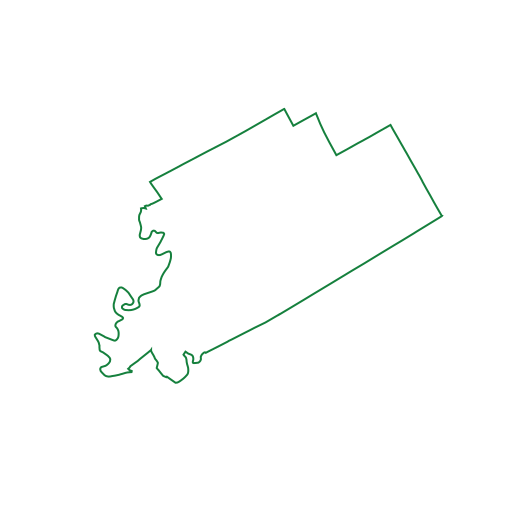 the district of Sfantu Gheorghe, Ialomita, Romania, rotated 35°
{"feature_id": "2599482B85918510694904", "entity_name": "Sfantu Gheorghe", "entity_type": "district", "adm_level": 2, "iso_a3": "ROU", "parent_name": "Romania", "parent_adm1": "Ialomita", "projection": "albers", "projection_center": [26.838, 44.661], "detail": "fine", "context": "isolated", "style": "outline", "palette": "green", "viewbox_px": 512, "rotation_deg": 35, "n_neighbors": 0, "source": "geoboundaries", "source_scale": "gbopen_adm2", "svg_char_len": 6063}
<svg xmlns="http://www.w3.org/2000/svg" viewBox="0 0 512 512"><g transform="rotate(35 256 256)"><path d="M212.8,430.7L214.0,429.3L216.2,426.5L217.5,425.1L219.4,423.5L220.6,422.5L220.4,422.0L220.2,421.5L219.6,421.6L218.0,422.0L217.0,421.9L216.0,421.7L216.4,420.1L216.4,419.4L216.3,418.7L216.4,418.1L218.1,413.2L219.3,409.9L220.1,406.6L222.9,397.1L223.7,394.1L223.9,393.6L223.9,393.1L224.3,393.7L224.7,394.0L225.8,394.7L226.9,395.2L228.9,396.1L230.8,397.1L231.3,397.5L232.6,398.2L234.2,398.6L235.5,399.1L236.2,399.4L236.9,399.8L237.3,400.6L238.0,402.4L238.9,404.7L239.8,405.0L242.0,405.5L245.3,406.5L248.5,407.4L249.0,407.4L249.4,407.3L252.2,406.7L252.3,406.6L252.3,406.0L262.7,406.0L263.0,405.8L263.6,405.3L264.2,404.7L264.9,403.5L265.7,401.5L266.8,398.1L267.2,396.3L267.4,395.2L267.7,392.8L267.7,392.2L267.6,391.5L267.4,390.8L266.6,389.2L265.9,388.2L265.2,387.3L264.4,386.4L263.8,385.9L263.1,385.3L261.7,384.2L260.1,382.7L259.5,382.0L258.4,380.7L257.8,380.2L257.0,379.5L256.6,379.3L253.9,378.7L253.2,378.4L253.1,374.8L255.4,374.8L256.5,374.8L258.8,374.2L259.8,374.0L260.1,374.0L260.4,374.0L261.0,374.1L261.8,374.4L262.8,375.2L263.4,375.9L263.8,376.4L264.2,377.2L264.6,378.2L265.0,379.1L265.3,379.4L265.6,379.6L265.8,379.6L266.0,379.6L266.3,379.5L267.1,378.9L268.2,378.0L269.3,377.0L269.8,376.6L270.2,375.8L270.4,375.0L270.5,373.8L270.4,373.2L270.1,372.2L269.5,371.4L269.0,370.8L268.6,370.3L268.3,368.9L268.2,367.7L268.6,365.6L268.9,364.8L269.1,364.5L269.6,364.1L270.0,364.0L270.4,364.1L271.8,361.4L277.8,350.2L281.9,342.4L282.2,341.6L282.3,341.3L284.0,338.3L291.1,324.9L293.3,320.8L295.9,315.8L301.9,305.0L307.7,292.4L308.4,290.8L308.5,290.9L314.4,277.7L320.6,263.8L324.5,254.9L333.7,234.2L337.3,226.0L339.7,220.6L341.0,217.6L343.3,212.4L348.9,200.0L352.0,192.9L356.5,182.6L363.0,167.9L366.5,160.1L372.2,147.1L373.4,144.2L383.6,120.8L385.3,116.8L385.3,116.5L385.1,116.6L384.8,116.4L379.6,114.0L376.6,112.6L370.5,109.7L364.4,106.7L364.2,106.6L356.8,103.1L349.5,99.5L349.1,99.2L343.1,96.2L341.7,95.6L337.8,93.7L327.8,89.0L320.6,85.5L317.3,84.0L312.3,81.6L312.0,81.5L311.8,81.4L303.4,77.4L295.9,73.9L291.0,71.5L283.9,86.4L280.6,93.5L279.0,96.7L278.3,98.1L277.4,100.0L274.7,105.3L272.6,109.7L268.5,118.2L264.0,127.3L260.6,125.6L250.5,120.6L248.2,119.4L240.9,115.6L232.8,110.9L226.6,106.9L223.6,105.0L223.2,104.7L222.4,106.4L220.8,109.7L217.2,117.0L215.5,120.5L211.9,127.9L199.1,121.5L194.8,119.3L194.7,119.4L193.0,123.0L189.9,129.5L185.1,139.8L175.7,159.8L166.1,179.4L156.1,198.4L146.4,217.3L144.1,221.7L136.8,236.2L136.7,236.3L134.6,240.4L131.2,246.9L129.3,250.6L126.7,256.1L128.8,257.0L133.0,258.5L138.8,260.5L144.9,262.9L146.0,263.3L142.7,269.7L141.6,271.7L140.8,273.0L140.6,273.2L140.4,273.4L139.9,274.2L139.9,274.8L138.8,276.6L137.8,277.3L137.2,277.6L136.4,278.9L138.5,280.3L136.6,281.0L135.0,282.4L134.5,283.0L134.9,283.4L135.4,284.1L135.8,284.7L136.1,285.3L136.4,286.1L136.9,289.2L137.2,289.9L137.7,290.9L138.6,292.2L139.5,293.5L140.5,294.3L141.6,295.0L142.8,296.0L144.1,297.1L145.3,298.2L145.7,298.7L146.2,299.5L146.7,300.4L147.2,301.6L148.5,305.1L148.9,305.8L149.5,306.5L149.8,306.7L150.2,307.1L150.8,307.3L151.3,307.3L152.0,307.3L152.9,307.0L153.7,306.7L154.3,306.5L155.4,305.7L156.3,304.9L156.9,304.2L157.2,303.7L157.6,303.0L157.8,302.3L157.9,301.6L157.9,300.9L157.7,299.5L157.2,297.5L156.8,296.4L156.7,295.9L156.9,295.4L157.0,294.8L157.4,294.1L158.1,293.7L158.6,293.5L158.9,293.5L160.5,293.8L161.1,293.9L161.6,293.9L162.0,293.7L162.5,293.5L163.0,293.0L163.4,292.5L164.7,291.2L166.3,290.4L166.6,290.2L167.2,290.2L167.7,290.3L168.1,290.6L168.3,290.9L168.5,291.8L168.7,292.5L168.9,293.9L169.3,296.3L169.4,297.4L169.7,299.2L169.9,301.7L170.2,305.9L170.4,307.0L171.0,308.5L172.1,310.6L172.8,311.3L173.2,311.5L173.9,311.6L174.4,311.6L175.3,311.4L176.1,310.8L176.9,310.2L178.0,308.5L180.3,304.3L180.9,303.5L181.5,302.8L181.8,302.4L182.3,302.1L182.7,301.9L183.2,301.9L183.5,302.0L184.1,302.2L184.5,302.5L185.3,303.3L186.7,305.2L187.5,306.6L188.1,308.1L188.9,310.4L189.9,314.0L190.2,315.2L190.2,316.6L190.1,319.2L190.1,321.4L190.2,323.4L190.4,325.2L190.7,327.2L191.2,328.9L191.7,330.5L192.1,331.5L193.0,333.0L193.6,334.0L193.9,334.7L194.2,335.6L194.3,336.2L194.2,337.0L193.3,340.6L193.1,341.6L192.5,342.9L191.5,344.4L186.2,351.6L185.4,353.0L184.9,353.9L184.6,354.7L184.3,356.2L184.2,357.0L184.2,357.4L185.2,359.8L185.8,360.5L186.3,360.9L187.9,362.0L188.8,362.9L189.1,363.3L189.3,363.9L189.3,364.6L189.2,365.1L188.2,367.2L187.3,368.8L186.0,370.5L184.6,372.0L182.7,373.5L179.7,375.3L178.4,375.6L177.1,375.6L176.3,375.5L175.8,375.1L175.3,374.4L175.2,374.0L175.1,373.5L175.2,373.0L176.0,371.0L176.3,370.5L176.6,370.2L177.2,369.7L178.2,369.4L179.5,369.1L180.8,368.4L181.6,367.6L182.1,366.6L182.2,365.9L182.2,364.7L182.0,364.0L181.6,363.3L180.9,362.6L180.1,362.1L179.0,361.7L177.1,361.0L175.3,360.3L174.1,359.8L172.5,359.2L169.3,358.7L167.7,358.6L165.5,358.6L164.7,358.7L163.9,358.9L163.0,359.6L162.5,360.1L162.2,361.0L162.2,362.0L162.5,363.3L163.1,365.1L164.2,369.0L165.6,373.1L167.0,376.9L168.1,378.6L169.3,380.0L171.0,381.3L171.9,382.0L173.0,382.5L174.6,382.9L176.2,383.0L177.4,383.0L178.7,382.8L181.2,382.6L181.9,382.7L182.3,382.8L182.7,383.1L182.9,383.8L182.8,384.6L181.1,387.9L180.4,389.0L180.1,390.3L180.0,391.3L180.1,392.2L180.4,393.1L180.8,393.8L181.4,394.3L181.9,394.5L182.9,394.7L183.7,394.9L184.6,395.3L186.1,396.2L187.2,397.3L188.2,398.6L189.2,400.3L189.6,401.2L189.9,402.4L189.9,403.6L189.8,404.7L189.3,405.9L188.7,406.4L188.4,406.6L186.6,407.1L178.9,409.0L177.6,409.0L173.5,409.5L172.0,409.7L170.6,410.2L169.8,411.0L169.4,411.7L169.2,412.3L169.1,412.9L169.8,413.8L170.6,414.3L175.5,416.4L176.9,417.2L179.4,419.4L179.8,420.2L181.8,422.6L182.7,423.1L183.7,423.1L185.9,422.7L190.6,422.7L192.2,422.8L194.5,423.3L195.3,423.8L195.8,424.1L196.8,426.0L196.9,426.7L196.9,428.2L196.7,429.4L196.3,430.9L195.7,432.3L193.4,435.2L193.0,435.7L192.9,436.8L193.1,437.7L193.6,438.4L194.9,439.4L197.0,439.9L200.3,440.5L201.8,440.4L203.0,440.0L204.5,439.3L205.9,438.1L207.0,436.9L209.1,434.9L212.0,431.8L212.8,430.7Z" fill="none" stroke="#15803d" stroke-width="2"/></g></svg>